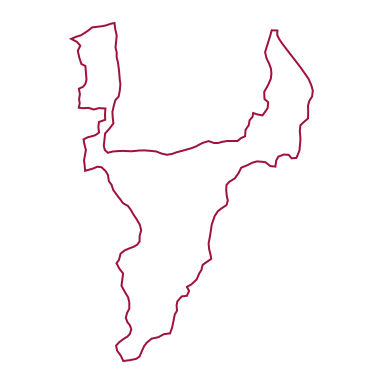 outline of São José de Ribamar, Maranhão, Brazil
{"feature_id": "56859067B58306550614975", "entity_name": "São José de Ribamar", "entity_type": "district", "adm_level": 2, "iso_a3": "BRA", "parent_name": "Brazil", "parent_adm1": "Maranhão", "projection": "robinson", "projection_center": [-44.138, -2.581], "detail": "fine", "context": "isolated", "style": "outline", "palette": "rose", "viewbox_px": 384, "rotation_deg": 0, "n_neighbors": 0, "source": "geoboundaries", "source_scale": "gbopen_adm2", "svg_char_len": 2934}
<svg xmlns="http://www.w3.org/2000/svg" viewBox="0 0 384 384"><path d="M114.5,23.0L111.0,23.7L106.0,25.4L101.5,26.3L97.0,26.8L92.2,27.4L87.6,31.0L80.9,35.3L75.8,36.9L71.2,38.9L77.0,41.9L80.3,45.7L77.8,50.8L79.3,57.7L81.4,64.0L85.4,66.0L86.5,79.7L85.4,83.9L83.0,86.8L78.9,88.7L79.9,94.2L79.1,99.1L79.7,103.3L78.8,107.7L83.0,108.2L88.7,107.9L93.7,109.5L99.0,108.1L105.4,108.5L105.0,114.3L105.2,119.8L98.9,122.0L98.4,127.1L99.0,132.6L95.3,135.2L91.6,136.3L87.7,137.3L83.6,139.3L84.2,143.4L85.9,150.0L84.0,160.4L84.7,165.6L85.1,170.8L92.6,168.7L97.4,166.7L101.5,167.2L105.6,171.1L107.9,174.9L108.9,181.1L111.6,184.9L113.2,189.9L117.7,196.1L120.5,199.6L122.9,203.1L128.0,206.0L130.9,210.0L133.4,214.4L136.5,219.0L139.8,224.7L141.2,230.2L139.6,236.0L139.6,241.5L137.3,244.6L133.7,246.8L129.5,248.3L124.5,250.5L120.6,253.6L119.0,259.8L116.5,263.3L119.2,268.4L123.1,273.5L121.5,285.8L125.1,292.4L128.1,297.3L129.3,302.4L129.3,308.7L127.0,313.1L125.8,317.8L127.4,322.2L129.9,325.3L131.3,329.2L129.9,333.9L127.4,336.6L123.9,338.7L119.4,342.0L116.1,345.6L117.1,350.6L120.8,355.7L123.3,361.0L130.3,360.1L136.3,358.8L139.6,356.4L142.0,350.8L144.1,346.2L146.5,342.9L151.5,338.7L158.3,337.2L163.8,334.2L170.0,333.4L172.1,327.6L173.5,321.0L174.7,314.7L177.0,310.7L176.6,305.2L177.4,301.3L181.7,296.4L186.9,295.8L189.1,290.9L186.9,286.9L191.4,284.4L196.7,279.4L199.2,273.5L201.4,270.0L202.7,264.8L208.0,261.1L211.2,258.9L210.5,254.5L209.1,249.0L208.6,243.5L209.7,237.8L210.7,231.8L211.7,224.7L214.7,216.0L217.9,211.2L221.5,208.4L226.5,205.1L227.8,200.5L226.8,196.0L226.2,190.1L226.5,185.0L229.3,181.8L234.8,178.4L238.7,172.9L241.2,167.7L247.4,165.2L252.1,162.8L256.9,161.4L261.5,161.7L265.4,162.2L270.4,166.1L275.4,166.6L276.2,160.6L278.4,156.6L284.0,154.5L288.7,154.9L291.6,158.3L296.4,157.9L299.4,150.7L300.3,141.8L300.4,137.5L299.8,131.3L300.4,125.3L303.5,122.3L308.0,118.5L308.2,111.9L308.0,105.8L309.3,100.9L312.1,96.5L312.8,90.7L311.3,85.2L308.7,79.2L306.6,76.0L303.5,71.6L299.8,66.4L290.5,54.4L282.3,43.7L279.2,39.1L277.2,35.0L277.4,30.5L271.7,30.3L270.2,35.8L265.1,52.1L266.5,58.3L269.2,63.8L271.0,68.9L271.4,73.5L270.8,78.8L268.0,85.2L264.2,91.8L264.5,99.1L268.2,102.2L267.6,108.2L264.9,112.1L262.4,115.4L256.9,114.3L253.1,113.0L252.5,116.9L249.6,120.2L248.8,125.1L245.5,129.9L245.1,136.3L241.0,138.1L237.5,141.0L227.2,141.0L222.4,141.8L218.0,143.0L214.0,143.0L208.6,141.1L202.9,142.8L199.5,144.5L196.3,146.3L191.4,148.2L182.6,150.7L176.8,152.2L172.5,153.8L167.1,154.8L161.3,153.5L156.4,151.5L151.1,150.9L144.7,150.4L139.3,150.5L135.4,150.9L131.5,151.3L127.7,151.1L122.9,150.9L117.7,151.1L112.7,151.5L107.9,152.8L104.8,150.0L103.8,145.6L104.4,140.3L105.1,133.5L109.2,128.9L113.4,123.4L112.7,117.2L112.4,111.9L113.7,106.2L115.3,100.2L118.6,96.7L119.8,90.5L120.4,84.1L119.8,80.1L119.4,75.1L119.0,70.5L118.0,62.7L116.7,57.4L116.7,52.3L115.5,47.5L116.1,41.9L116.7,35.6L115.2,28.8L114.5,23.0Z" fill="none" stroke="#9f1239" stroke-width="2"/></svg>